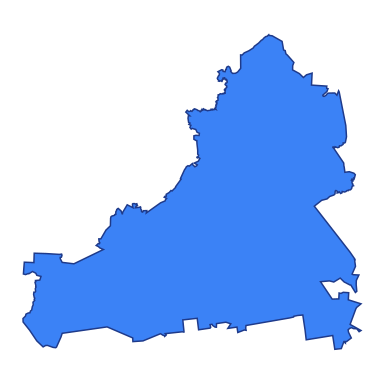 the district of Launkalnes pag., Smiltenes, Latvia
{"feature_id": "27541924B40793985914328", "entity_name": "Launkalnes pag.", "entity_type": "district", "adm_level": 2, "iso_a3": "LVA", "parent_name": "Latvia", "parent_adm1": "Smiltenes", "projection": "orthographic", "projection_center": [25.917, 57.363], "detail": "fine", "context": "isolated", "style": "filled", "palette": "blue", "viewbox_px": 384, "rotation_deg": 0, "n_neighbors": 0, "source": "geoboundaries", "source_scale": "gbopen_adm2", "svg_char_len": 5922}
<svg xmlns="http://www.w3.org/2000/svg" viewBox="0 0 384 384"><path d="M268.8,34.7L267.1,36.3L265.7,36.6L263.7,38.2L262.6,39.6L261.4,40.2L258.6,43.1L254.4,46.2L253.2,48.0L248.8,50.8L244.2,52.9L242.2,55.0L240.6,54.9L240.7,68.3L237.6,72.1L235.4,73.3L232.5,73.4L230.7,71.4L231.1,70.8L229.7,67.2L228.3,66.3L226.9,67.0L226.3,68.3L226.4,69.2L225.7,69.5L225.1,71.7L223.1,71.4L222.9,70.0L221.7,69.7L217.9,71.7L219.2,73.1L219.5,73.9L218.9,75.6L218.5,75.8L217.3,78.2L217.8,79.5L218.9,80.5L218.6,81.1L219.5,81.3L220.0,80.9L221.4,81.0L221.9,81.4L222.4,80.7L222.1,80.0L223.4,79.1L222.9,78.6L222.9,78.2L224.6,77.8L224.9,78.2L224.9,79.1L225.4,79.8L226.3,79.3L226.7,79.7L226.9,80.3L226.7,80.9L227.2,81.2L227.2,82.1L226.6,83.0L225.7,83.1L225.7,83.6L225.1,84.2L225.1,84.6L226.8,86.1L226.6,86.7L226.8,87.2L226.1,87.8L225.7,88.8L225.1,88.8L224.4,89.6L224.5,90.2L225.3,90.2L225.0,92.1L224.5,92.6L225.2,92.9L225.2,93.2L223.5,93.8L222.7,93.5L222.1,94.0L220.2,93.7L219.4,94.6L218.2,94.8L218.3,95.4L218.0,96.0L218.0,97.0L217.5,97.7L218.0,98.2L218.0,100.2L216.6,100.9L217.0,101.8L216.4,101.2L216.0,101.7L216.4,101.9L216.3,102.4L216.9,102.7L216.9,103.6L216.2,104.1L216.5,104.7L216.0,104.9L215.8,105.5L216.1,106.2L216.0,107.0L215.5,107.2L215.7,107.7L215.4,108.4L215.9,109.3L214.9,108.8L215.0,109.3L214.3,109.6L213.5,109.3L213.0,109.8L212.4,109.2L212.0,109.5L212.2,109.9L211.7,109.9L211.4,109.9L211.6,109.6L211.1,109.2L210.6,110.2L207.3,110.7L205.4,109.7L205.3,110.0L204.6,109.8L204.0,109.2L203.8,109.6L203.4,109.8L203.2,109.2L202.5,110.1L202.1,109.5L202.0,109.9L201.7,109.9L201.8,110.3L201.0,110.6L201.0,111.3L200.2,111.8L198.9,110.6L197.8,110.5L197.1,109.8L194.6,108.8L193.6,109.3L193.3,109.6L193.6,109.7L192.8,110.2L191.9,111.4L190.7,110.7L190.4,111.2L188.7,111.6L187.2,110.3L185.8,112.1L189.7,115.8L188.4,115.7L188.0,118.2L188.6,122.4L190.0,123.1L188.9,124.4L190.9,125.3L189.9,127.4L191.2,129.1L192.1,128.4L195.8,129.5L197.1,132.3L199.4,133.3L199.1,135.5L195.9,135.3L193.9,135.8L193.9,139.3L196.2,140.6L196.8,140.6L197.0,144.0L197.7,150.2L197.7,154.2L198.6,155.1L198.2,156.5L197.8,157.0L197.2,156.9L196.9,157.4L197.3,157.9L198.2,157.4L199.9,158.4L198.3,161.2L194.2,163.1L197.3,164.8L196.7,165.7L194.9,166.8L192.7,164.7L192.3,163.6L189.3,166.1L188.0,165.7L186.3,166.8L186.0,167.6L184.4,170.0L180.4,178.7L180.6,179.4L180.9,179.4L175.6,186.7L175.6,187.4L172.0,191.0L171.0,190.5L169.2,192.5L166.2,194.3L166.3,196.1L165.1,196.2L164.2,197.2L166.6,198.4L165.5,199.7L165.1,200.9L160.6,202.8L146.3,213.0L146.8,210.6L143.4,210.7L143.0,211.7L142.3,212.1L141.5,211.5L141.5,210.1L140.7,209.0L140.7,207.2L140.3,206.8L139.4,207.3L135.4,207.8L136.1,206.2L137.3,205.6L136.7,205.0L137.1,204.5L136.8,203.7L135.5,204.1L134.7,203.6L133.0,203.6L132.5,204.0L132.5,205.5L133.0,207.7L127.2,204.8L122.6,212.5L122.4,214.4L121.0,210.8L118.2,208.4L117.5,208.8L116.7,209.6L116.6,210.3L115.8,211.9L115.8,214.4L114.8,214.5L114.5,215.3L111.8,216.1L111.0,216.7L110.6,218.3L110.4,225.8L106.0,230.0L100.9,238.8L98.8,238.9L99.1,241.5L99.8,242.8L99.6,243.3L99.3,243.8L98.3,243.5L96.2,245.5L98.4,246.6L99.9,248.0L103.4,249.5L73.9,263.8L62.2,262.4L60.3,258.8L60.2,257.4L61.4,257.2L61.7,256.5L61.7,255.5L62.0,255.2L61.6,254.1L59.5,254.4L46.4,253.6L34.2,253.2L33.9,262.6L24.3,262.2L23.4,274.0L25.6,274.6L28.3,273.5L28.8,273.8L32.5,271.5L35.8,273.2L36.8,275.3L41.0,276.4L39.8,280.1L35.5,280.5L35.8,281.7L35.0,282.2L35.8,285.4L35.7,286.7L36.0,287.0L35.3,288.7L35.6,291.3L35.4,291.8L34.6,292.3L33.9,292.2L33.6,294.3L34.2,297.4L34.8,298.1L34.2,299.3L34.7,300.3L33.0,302.2L33.2,304.8L32.3,306.7L31.7,310.0L30.4,311.1L29.9,312.8L28.2,313.0L26.0,314.1L25.4,316.2L23.0,318.5L23.1,322.0L29.6,330.2L36.8,340.9L43.1,346.9L45.6,345.5L47.5,345.4L53.1,347.4L55.7,347.7L56.5,347.1L60.9,337.2L62.2,333.3L107.1,326.9L132.7,337.9L132.9,341.6L143.0,340.9L160.5,333.7L163.1,335.3L164.4,335.5L164.6,336.4L166.0,335.4L165.8,334.8L166.3,334.2L165.5,333.6L182.3,331.8L183.9,332.1L184.0,331.7L182.8,319.9L197.2,318.3L198.6,329.8L210.1,328.1L210.7,327.3L210.0,324.6L212.0,324.3L212.7,325.5L215.1,327.1L216.4,327.2L216.5,323.6L225.9,322.2L230.8,323.8L227.8,328.4L237.0,327.1L237.8,332.5L244.3,330.0L246.1,330.3L245.7,328.0L246.0,325.5L289.8,317.9L293.6,317.0L293.8,316.3L297.5,315.5L302.8,315.0L305.1,330.3L306.2,339.8L332.7,335.5L334.8,349.3L341.3,348.6L343.8,341.8L345.3,343.0L345.1,341.5L346.4,341.7L351.3,338.0L348.5,332.2L348.1,329.8L349.8,328.3L351.6,327.7L353.4,328.6L356.8,328.8L359.1,331.7L361.0,330.5L350.1,324.4L355.9,308.7L356.7,307.4L361.0,303.8L348.3,299.8L348.7,292.7L343.2,292.3L341.0,293.4L339.1,293.0L338.8,298.9L332.2,299.1L320.5,281.7L329.4,280.9L333.8,282.0L340.2,278.1L344.2,282.0L350.0,285.0L350.8,285.0L355.4,292.5L356.8,291.3L356.2,284.7L356.3,280.5L358.9,275.0L353.2,274.7L352.1,274.1L355.5,266.3L354.7,260.8L355.0,260.3L354.5,259.4L354.9,259.2L350.0,252.1L314.3,206.2L321.7,200.3L327.1,198.9L329.7,196.5L333.9,195.0L335.0,193.9L335.2,191.1L335.9,190.5L337.5,191.5L337.0,192.9L337.9,192.9L339.3,191.9L340.6,193.5L342.0,192.8L342.2,191.5L344.6,192.0L346.0,191.5L346.9,190.6L348.1,190.7L348.3,190.1L350.5,189.8L351.6,188.6L352.2,186.2L353.3,185.8L353.0,185.6L353.1,185.0L352.5,184.2L352.6,183.5L352.0,182.9L352.0,181.3L353.0,181.0L353.0,180.5L351.4,180.2L352.0,179.0L353.9,179.5L354.2,178.8L353.8,177.9L354.5,177.8L355.3,174.7L353.9,173.2L349.3,171.7L344.9,172.3L344.2,167.0L343.9,165.9L343.7,163.0L334.1,148.8L332.9,147.5L333.1,146.9L334.9,147.6L335.2,147.4L335.2,146.8L337.6,147.7L339.1,147.2L339.5,145.8L340.9,145.9L343.1,144.4L343.2,142.9L344.7,143.0L345.4,142.2L346.5,136.8L345.8,125.5L339.2,92.0L338.6,90.8L336.9,95.2L334.8,93.0L328.9,93.1L327.5,93.4L326.2,95.1L324.4,96.3L323.3,96.3L322.8,95.2L327.0,91.4L328.0,88.7L326.7,88.4L326.6,86.8L326.8,86.1L311.5,85.1L312.1,73.1L306.5,74.8L303.4,77.5L299.4,73.6L292.6,69.9L292.7,65.6L293.9,62.5L287.4,55.1L285.9,53.8L285.2,50.6L283.6,50.0L282.1,41.4L272.2,35.8L269.1,35.4L268.8,34.7Z" fill="#3b82f6" stroke="#1e3a8a" stroke-width="1.5"/></svg>